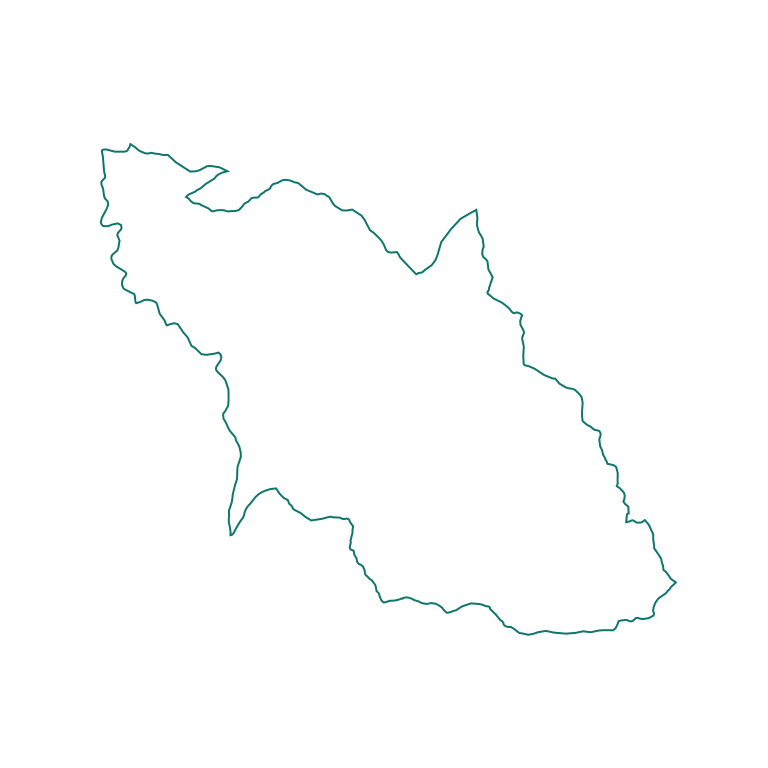 the district of Saleng, Mongar, Bhutan, rotated 167°
{"feature_id": "84629894B77073852352819", "entity_name": "Saleng", "entity_type": "district", "adm_level": 2, "iso_a3": "BTN", "parent_name": "Bhutan", "parent_adm1": "Mongar", "projection": "natural_earth1", "projection_center": [91.106, 27.254], "detail": "fine", "context": "isolated", "style": "outline", "palette": "teal", "viewbox_px": 768, "rotation_deg": 167, "n_neighbors": 0, "source": "geoboundaries", "source_scale": "gbopen_adm2", "svg_char_len": 6121}
<svg xmlns="http://www.w3.org/2000/svg" viewBox="0 0 768 768"><g transform="rotate(167 384 384)"><path d="M254.9,532.9L262.5,530.8L272.3,527.7L283.9,519.8L296.3,509.4L302.6,498.1L306.0,493.1L310.9,489.0L318.4,486.0L321.9,484.1L325.6,484.4L327.1,483.7L328.0,483.7L339.8,503.6L341.0,508.1L341.7,509.6L347.7,510.5L350.2,511.6L351.8,513.9L352.8,519.7L353.9,523.2L355.0,525.7L359.6,533.1L363.1,537.2L366.0,548.4L368.0,553.1L375.8,561.1L381.2,561.4L385.7,562.6L391.6,568.4L393.2,571.4L395.2,578.1L399.5,582.6L402.5,583.7L406.3,583.7L416.3,591.0L421.8,598.4L423.4,599.7L425.1,600.3L430.1,603.6L433.9,605.1L437.3,605.4L442.4,603.9L446.3,603.8L447.8,603.4L449.9,601.7L450.9,600.2L452.6,599.5L456.7,598.6L458.1,597.6L461.3,596.6L464.1,594.5L465.1,594.1L469.8,595.0L471.6,594.8L474.9,592.3L478.6,591.4L479.9,590.8L482.8,588.3L484.6,587.4L485.2,586.7L486.6,586.1L489.5,586.0L497.3,587.3L501.1,589.3L503.5,590.1L507.8,590.8L511.3,590.7L512.8,591.0L515.7,594.7L522.0,599.6L523.3,601.1L528.9,603.0L531.0,605.5L532.9,609.0L534.8,610.7L532.6,612.2L530.6,612.8L524.8,613.9L522.1,615.1L518.9,615.8L513.0,618.9L503.1,622.3L500.4,624.4L498.2,625.4L494.0,626.4L488.7,626.5L495.4,632.1L503.7,635.4L507.3,636.0L516.1,633.7L520.0,633.7L525.0,634.6L536.9,646.8L543.1,655.9L547.5,656.7L551.3,658.6L556.1,660.3L558.2,661.5L562.3,661.7L564.8,662.5L569.5,665.9L571.2,667.9L573.3,670.8L577.1,674.7L578.2,672.7L581.8,669.0L584.5,668.7L593.9,670.9L602.1,675.1L604.6,675.5L606.0,675.2L606.5,674.6L606.8,668.6L608.9,654.2L608.9,649.3L609.6,647.6L612.3,645.9L614.0,644.4L614.4,642.1L613.8,637.2L614.5,629.8L614.0,627.2L612.3,624.5L612.2,622.3L612.6,620.4L615.2,616.6L621.6,609.3L623.6,605.2L623.1,602.5L622.0,601.0L617.2,599.8L613.7,600.5L607.4,600.4L604.5,598.1L604.5,595.6L605.4,593.8L609.4,591.0L610.4,588.8L609.4,583.3L612.2,576.5L613.8,574.1L619.2,571.3L620.8,569.8L621.5,567.2L620.6,562.0L618.7,559.1L611.5,552.0L610.7,550.9L610.3,549.5L611.1,547.9L614.0,545.8L616.1,542.9L617.0,539.5L616.5,536.5L615.9,535.0L607.1,527.7L607.0,525.6L607.6,521.1L607.6,519.3L607.3,518.5L603.5,518.7L598.4,519.8L595.0,519.2L590.6,517.1L587.7,514.7L587.2,512.9L586.8,503.1L583.5,495.3L582.8,490.6L582.2,489.9L580.0,490.3L575.0,490.5L571.5,488.7L567.9,479.3L564.9,473.8L563.0,464.5L559.7,461.2L555.2,454.1L550.5,452.4L542.6,451.7L538.1,451.8L537.2,450.4L536.4,448.4L536.5,446.5L537.9,443.8L543.5,438.5L544.4,436.4L544.3,435.1L542.9,432.3L539.4,427.1L537.7,423.3L536.8,413.6L539.1,403.1L540.8,397.8L544.6,393.5L547.2,391.3L547.8,389.7L548.1,386.2L546.7,381.7L545.9,377.4L544.8,373.1L540.9,365.7L540.9,362.3L539.1,356.0L539.0,349.7L539.9,345.1L545.1,336.7L546.0,334.2L548.6,324.4L551.8,319.2L554.9,313.0L556.7,309.2L557.3,307.0L559.2,302.6L563.5,295.6L564.0,293.8L564.6,290.0L565.3,288.6L566.3,284.3L566.4,278.4L566.8,274.6L567.6,271.2L566.3,271.2L564.2,272.4L560.3,277.0L555.8,281.7L551.3,285.7L550.0,287.4L548.6,290.4L546.3,293.6L543.8,295.8L540.9,297.7L534.7,302.7L530.9,304.9L526.8,306.2L523.3,306.8L518.3,307.2L512.6,306.5L510.5,300.8L507.4,295.6L503.7,292.4L503.4,288.9L501.1,285.6L500.9,283.3L499.7,281.6L494.6,277.4L490.6,272.4L485.6,267.4L474.5,266.6L466.5,266.9L463.4,265.5L457.2,263.8L455.1,262.1L453.5,261.4L450.7,261.3L449.4,260.7L448.5,259.7L448.2,257.5L447.6,255.6L446.1,252.3L447.6,248.6L448.2,246.1L451.8,239.1L452.0,237.1L454.0,232.8L454.2,231.7L453.8,230.2L452.0,229.2L451.1,228.2L451.3,224.2L450.0,220.2L450.2,216.8L449.1,214.4L447.2,213.0L445.5,210.9L444.8,206.2L445.2,203.5L444.7,201.7L443.5,200.3L441.8,197.1L440.1,195.7L438.2,191.3L437.6,189.6L437.8,183.8L436.5,181.9L436.0,180.2L436.0,177.9L435.3,174.0L434.3,172.3L433.2,171.1L429.1,171.2L427.5,171.5L422.3,170.6L420.2,170.6L416.5,170.7L415.4,171.1L414.2,170.6L413.4,171.2L410.3,171.1L408.3,170.4L405.4,168.7L403.1,166.6L398.9,164.2L396.9,162.3L394.9,161.3L391.9,160.1L387.3,159.9L383.1,158.3L381.4,157.0L378.5,154.0L377.3,152.2L377.0,151.1L375.5,148.6L374.5,147.3L373.3,146.7L369.5,146.9L367.6,147.3L364.9,147.3L358.1,149.7L348.7,150.7L340.4,148.1L337.6,146.7L335.3,145.0L332.1,143.6L331.2,142.9L331.2,141.0L326.9,134.2L323.8,127.9L322.3,126.3L321.5,124.6L321.5,122.6L320.3,120.9L318.4,119.6L314.8,118.6L312.6,116.3L308.2,111.0L303.7,109.1L299.9,107.2L294.1,107.0L289.7,107.5L281.7,107.0L274.3,103.5L262.8,99.8L253.2,98.4L245.9,98.3L238.3,95.6L230.5,95.5L226.1,94.9L216.1,92.5L213.4,93.9L210.4,97.4L208.9,100.0L208.2,100.3L203.5,100.0L201.3,99.6L199.9,99.1L198.6,97.8L196.9,97.2L194.9,97.2L191.4,99.2L189.1,99.0L188.1,98.2L185.2,96.8L178.7,96.3L173.5,97.8L172.5,99.4L172.8,102.4L171.5,106.0L168.3,110.4L164.5,113.5L156.0,116.9L153.9,118.8L151.8,119.8L150.3,121.5L144.4,124.8L144.4,125.5L146.2,127.1L148.4,129.8L149.6,133.1L151.8,137.8L153.5,140.0L153.0,144.5L153.5,147.1L153.2,151.0L154.6,155.3L156.9,161.2L157.7,162.8L157.1,166.2L156.7,171.5L155.5,177.1L157.7,187.5L160.5,192.7L164.0,191.2L167.2,191.6L169.1,192.2L171.5,194.7L172.8,195.4L176.1,194.8L179.1,194.9L176.8,201.7L176.2,202.7L174.7,202.8L174.0,207.4L173.5,208.7L174.2,210.5L176.1,212.9L177.2,215.7L175.9,217.4L174.7,220.5L174.5,222.0L174.6,223.6L175.6,225.9L177.8,229.6L180.2,232.1L178.6,234.6L178.2,237.1L176.3,244.6L176.4,250.1L176.7,251.3L178.7,253.4L184.3,256.0L184.6,259.3L185.4,261.2L185.4,262.7L186.3,265.2L186.5,267.4L186.4,270.3L187.4,274.8L186.7,281.5L184.5,285.4L184.1,287.2L184.7,289.6L187.3,291.3L189.3,292.0L192.5,296.2L194.9,298.1L196.6,300.1L198.8,303.2L198.2,308.5L197.2,312.7L194.7,320.9L194.4,326.7L195.8,330.0L199.3,335.4L201.4,336.9L204.9,338.2L207.4,339.6L213.0,344.9L215.9,350.7L218.6,351.5L225.8,356.6L233.7,364.9L238.9,368.8L242.7,370.6L243.4,371.9L242.1,379.7L239.4,388.9L239.2,397.2L238.7,398.5L236.0,402.4L236.1,405.3L237.1,408.5L237.7,411.2L237.1,414.7L235.2,418.2L234.2,419.2L234.0,420.0L235.2,421.7L237.3,423.4L239.8,424.0L240.9,423.6L242.0,424.1L243.4,425.8L244.6,428.6L246.2,431.1L250.5,436.5L257.7,442.4L262.5,448.6L262.7,450.0L260.8,452.0L259.9,454.1L254.1,463.6L256.5,472.1L255.6,480.1L256.5,482.4L258.7,485.4L259.0,487.6L259.0,488.9L257.7,492.8L255.9,495.5L255.2,503.3L256.1,506.8L257.4,510.2L257.7,516.0L257.5,519.0L255.7,524.5L254.9,532.9Z" fill="none" stroke="#0f766e" stroke-width="2"/></g></svg>